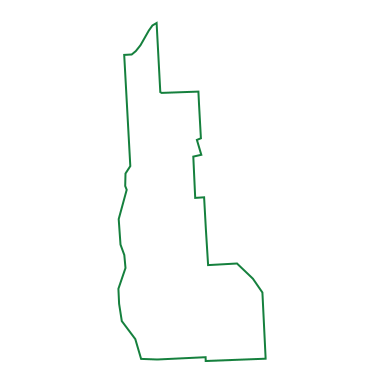 Cayuga, New York, United States of America (orthographic projection)
{"feature_id": "52423323B60491080416719", "entity_name": "Cayuga", "entity_type": "district", "adm_level": 2, "iso_a3": "USA", "parent_name": "United States of America", "parent_adm1": "New York", "projection": "orthographic", "projection_center": [-76.569, 43.019], "detail": "fine", "context": "isolated", "style": "outline", "palette": "green", "viewbox_px": 384, "rotation_deg": 0, "n_neighbors": 0, "source": "geoboundaries", "source_scale": "gbopen_adm2", "svg_char_len": 621}
<svg xmlns="http://www.w3.org/2000/svg" viewBox="0 0 384 384"><path d="M141.1,358.9L157.3,359.5L205.6,357.2L205.7,361.0L265.6,358.7L265.6,357.9L262.6,296.4L262.4,292.5L252.9,278.7L237.0,263.5L208.1,265.1L205.9,229.7L204.1,197.3L195.2,197.9L193.3,156.6L201.3,154.8L196.9,139.9L200.9,138.3L199.0,103.9L198.4,91.6L161.6,92.9L160.3,92.1L156.6,23.0L152.4,25.5L148.8,30.6L140.5,45.2L135.8,51.1L131.7,54.5L124.2,54.9L130.3,166.1L125.5,173.5L125.2,186.0L126.7,189.8L118.7,219.1L120.5,244.6L124.3,255.0L125.5,268.0L118.4,288.8L119.1,303.8L121.8,321.1L135.3,339.1L141.1,358.9Z" fill="none" stroke="#15803d" stroke-width="2"/></svg>